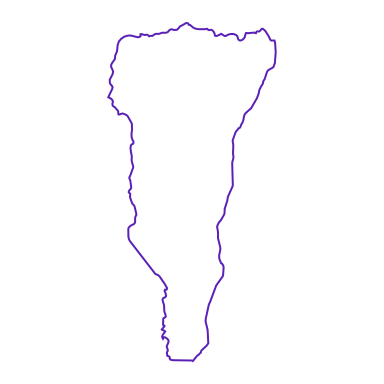 SVG path tracing the border of Likouala
{"feature_id": "COG-2838", "entity_name": "Likouala", "entity_type": "Region", "adm_level": 1, "iso_a3": "COG", "parent_name": "Republic of the Congo", "parent_adm1": "", "projection": "orthographic", "projection_center": [17.352, 1.476], "detail": "fine", "context": "isolated", "style": "outline", "palette": "violet", "viewbox_px": 384, "rotation_deg": 0, "n_neighbors": 0, "source": "natural_earth", "source_scale": "10m", "svg_char_len": 4850}
<svg xmlns="http://www.w3.org/2000/svg" viewBox="0 0 384 384"><path d="M274.5,40.5L275.1,42.6L275.7,52.1L274.9,63.1L274.2,64.7L274.0,65.6L273.5,66.9L272.3,67.9L269.7,69.3L268.1,70.3L267.1,71.7L264.6,79.2L263.4,81.0L263.2,81.8L262.9,83.5L262.5,84.3L261.2,86.2L259.3,90.1L259.1,91.1L258.8,93.1L256.9,98.3L251.2,108.1L250.9,108.7L250.2,109.0L245.8,113.0L244.8,114.3L244.2,115.5L243.4,119.9L242.9,121.4L242.3,122.9L241.4,124.2L240.4,126.9L239.6,128.0L238.3,128.4L238.0,129.2L236.2,131.3L235.6,132.2L232.7,140.2L232.7,141.3L233.1,143.6L233.3,145.9L233.0,153.2L233.4,156.7L233.4,157.9L233.1,159.2L232.4,161.7L232.2,163.0L232.8,184.7L232.6,186.3L228.2,196.1L227.7,197.6L227.4,200.3L224.7,208.8L224.5,213.5L223.9,215.0L220.8,220.3L219.1,222.2L217.6,225.0L217.1,226.8L218.0,232.0L218.0,238.0L220.3,247.7L220.3,249.7L219.1,255.6L219.2,257.7L219.6,259.6L221.1,263.2L222.2,263.8L223.0,265.1L223.5,266.5L223.6,267.8L223.1,275.2L222.7,276.4L216.2,285.5L210.2,301.7L208.9,304.4L205.8,318.5L205.6,320.4L205.8,322.4L207.6,329.9L208.3,343.3L207.7,344.1L206.7,345.6L201.8,350.1L201.4,350.6L201.1,351.2L200.9,352.3L200.8,352.6L200.6,352.9L199.7,353.5L198.7,354.7L197.1,355.8L192.9,361.0L192.8,360.9L192.6,360.8L191.8,360.5L172.8,360.2L171.4,359.9L170.6,359.7L169.8,358.9L169.7,357.4L169.6,357.0L169.3,356.8L168.8,356.4L168.1,356.0L167.6,356.0L167.3,355.8L166.9,353.0L167.0,352.2L167.8,350.7L167.7,349.8L166.7,346.5L166.8,346.1L168.3,342.6L168.6,341.0L168.0,339.5L166.8,338.5L165.3,337.4L163.9,337.2L163.0,338.8L162.1,337.1L162.6,335.0L165.2,331.5L163.8,330.4L162.3,330.0L161.8,329.4L164.5,326.2L164.4,325.6L163.3,325.3L163.1,324.9L163.2,319.0L163.7,318.0L164.9,317.5L165.7,316.8L165.6,315.1L164.6,312.3L164.3,310.9L164.1,305.8L163.8,304.3L162.7,300.8L162.6,299.4L163.0,298.4L163.7,297.9L164.6,297.5L165.4,297.0L166.0,296.2L166.1,295.5L165.8,294.8L165.5,293.0L164.7,291.3L164.6,290.6L165.0,289.7L165.6,289.7L166.1,289.8L166.7,289.5L166.9,288.7L167.0,288.1L166.9,287.8L164.9,284.2L159.6,276.5L158.5,275.4L155.3,273.9L130.0,241.2L129.3,239.9L128.8,238.7L128.4,236.6L128.3,229.0L128.5,228.1L128.9,227.5L129.8,226.4L130.4,225.9L131.0,225.5L132.8,224.6L133.9,224.0L134.4,223.5L134.8,223.0L135.0,222.4L135.1,221.9L135.1,217.9L135.4,216.8L135.8,215.9L136.2,215.3L136.3,214.3L136.1,212.8L134.5,206.2L133.9,205.3L133.3,204.6L132.8,204.1L132.3,203.6L131.8,202.4L130.2,197.8L130.0,196.8L130.1,195.6L130.2,194.8L130.3,194.2L130.1,193.6L129.0,192.7L128.7,192.1L128.9,191.3L129.1,190.8L129.4,190.3L130.8,188.8L131.1,188.2L131.2,187.6L131.2,186.9L130.3,180.6L129.5,178.7L129.3,177.9L129.5,177.0L130.2,175.7L133.1,167.7L133.2,167.0L133.2,166.0L132.6,164.5L131.7,160.7L131.6,160.1L131.6,159.4L131.8,157.9L131.6,154.8L131.1,153.0L130.5,148.3L130.6,147.1L130.8,145.9L131.0,145.3L131.3,144.8L131.7,144.4L132.8,143.9L133.2,143.6L133.4,143.1L133.5,142.5L133.2,141.0L132.5,139.9L131.7,137.6L131.5,134.0L132.1,129.1L131.9,126.7L132.0,124.9L131.8,124.0L131.5,122.9L127.8,116.4L127.3,115.8L126.8,115.3L125.4,114.5L122.8,113.5L122.2,113.6L121.6,113.8L119.8,114.4L119.2,114.5L118.9,114.5L118.6,114.5L118.5,114.3L118.3,113.9L118.2,111.8L118.1,111.2L117.7,110.5L115.0,107.4L114.3,106.9L113.8,106.6L113.5,106.4L113.1,106.0L112.6,105.4L112.4,104.0L112.5,103.2L112.8,102.6L112.9,101.9L112.8,101.2L112.3,100.1L111.3,98.8L109.3,97.8L108.3,97.3L110.0,93.6L112.2,89.0L112.6,87.2L111.9,85.8L110.8,84.6L109.9,83.2L109.7,79.8L112.6,74.2L113.1,71.5L112.5,69.8L111.7,68.2L111.1,66.6L111.2,64.8L112.1,63.0L114.7,59.4L115.1,57.8L115.1,55.9L117.0,51.2L117.7,44.9L118.9,41.5L121.3,38.7L124.4,36.6L127.9,35.6L129.6,35.5L131.2,35.6L137.4,37.2L139.0,37.1L140.5,36.3L140.6,35.7L140.4,34.9L140.5,34.2L141.6,34.1L142.3,34.3L143.7,34.8L144.4,35.0L146.5,34.7L147.2,34.8L148.1,35.2L148.6,35.9L149.2,36.3L150.2,35.9L150.8,35.8L151.8,35.9L152.3,35.9L152.9,35.6L153.8,34.9L154.3,34.5L155.6,34.0L156.2,33.8L158.3,33.9L159.3,33.8L161.3,33.0L162.4,32.7L165.4,32.8L166.5,32.6L167.8,32.0L168.4,31.3L169.1,30.5L170.1,29.7L171.2,29.3L172.2,29.4L174.1,30.0L176.9,29.8L178.5,28.3L180.0,26.4L182.9,24.9L183.9,24.4L185.0,23.6L186.3,23.0L188.0,23.3L188.3,23.6L188.6,24.6L189.0,24.9L190.1,25.0L190.4,25.2L193.2,27.6L195.9,28.8L199.0,29.2L205.2,29.2L205.6,29.1L206.5,28.8L207.0,28.8L207.5,29.0L208.2,29.9L208.7,30.1L209.4,30.1L210.9,29.8L211.5,29.9L212.7,30.6L213.6,31.7L214.4,33.1L214.7,34.6L215.2,35.8L216.3,36.0L217.7,35.6L220.6,34.2L221.1,33.8L221.5,34.0L224.1,35.7L224.9,36.0L225.8,35.9L228.1,34.7L230.7,34.0L233.4,34.0L236.0,34.9L237.3,36.2L238.2,39.2L239.2,40.3L240.9,40.5L242.5,39.7L243.8,38.5L244.7,37.2L244.9,36.4L245.5,34.2L245.9,33.1L246.5,32.9L247.2,33.1L248.0,33.2L254.0,32.6L254.5,32.7L255.3,33.1L255.9,33.2L256.1,32.9L256.5,31.8L256.8,31.5L257.6,31.4L258.9,31.5L259.6,31.2L261.0,29.8L261.8,28.8L262.8,28.8L264.7,30.3L265.9,31.8L269.0,36.8L270.2,39.6L271.2,40.5L274.5,40.5Z" fill="none" stroke="#5b21b6" stroke-width="2"/></svg>